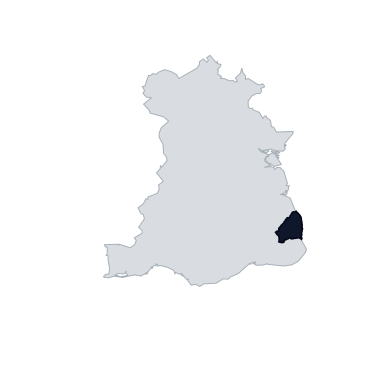 Brazil, with Ceará highlighted, rotated 53°
{"feature_id": "BRA-621", "entity_name": "Ceará", "entity_type": "State", "adm_level": 1, "iso_a3": "BRA", "parent_name": "Brazil", "parent_adm1": "", "projection": "orthographic", "projection_center": [-39.568, -5.32], "detail": "fine", "context": "in_parent", "style": "filled", "palette": "ink", "viewbox_px": 384, "rotation_deg": 53, "n_neighbors": 0, "source": "natural_earth", "source_scale": "10m", "svg_char_len": 7394}
<svg xmlns="http://www.w3.org/2000/svg" viewBox="0 0 384 384"><g transform="rotate(53 192 192)"><path d="M110.5,97.7L113.5,100.5L117.4,98.9L118.6,100.8L120.8,98.0L126.1,95.0L127.3,92.4L130.7,90.8L131.0,89.2L127.1,88.7L126.2,81.8L123.0,77.6L127.5,79.6L131.5,79.3L134.3,81.5L135.2,78.7L145.5,75.0L147.9,72.7L147.8,70.6L150.9,70.3L151.7,71.3L150.7,74.8L153.3,75.7L154.2,78.6L152.3,80.8L151.3,86.6L153.3,92.6L158.1,95.9L160.3,95.3L161.3,93.4L163.2,93.7L168.9,90.4L176.0,91.2L175.0,88.6L176.1,86.9L177.5,87.6L182.2,86.3L187.5,89.2L189.8,87.7L194.8,88.6L204.5,74.8L206.0,76.2L209.0,88.7L210.7,90.6L213.8,91.6L214.2,94.8L208.7,101.0L205.4,103.0L201.0,111.4L196.7,112.7L201.2,112.8L207.9,108.5L209.2,113.8L211.0,115.4L217.9,113.4L215.9,119.5L218.6,114.6L221.8,111.8L223.4,112.6L224.1,111.7L223.4,109.6L225.6,106.9L231.0,106.2L242.7,110.7L243.5,113.0L245.1,111.4L247.9,113.2L248.6,115.1L247.2,116.5L247.8,117.2L249.3,115.9L249.6,117.2L248.3,118.5L247.4,122.6L249.3,120.9L250.6,117.8L250.9,120.0L256.1,117.2L268.4,120.6L278.2,120.3L287.8,125.8L296.2,133.6L306.6,135.0L308.6,137.9L311.3,149.0L310.2,156.3L306.1,163.6L294.8,175.5L294.8,174.6L292.6,180.0L289.1,184.8L287.5,185.5L286.3,183.4L285.3,184.4L283.8,189.5L285.0,204.1L283.0,212.4L283.3,215.8L280.2,219.2L279.4,227.5L272.4,238.0L272.1,242.7L267.9,244.6L266.0,248.6L260.5,248.7L259.3,247.3L259.0,248.9L250.6,249.4L251.0,250.7L245.9,254.0L242.9,254.0L237.7,256.7L231.5,261.7L230.4,264.1L229.2,263.2L228.8,264.2L227.3,263.8L229.3,265.2L227.9,266.7L227.6,269.3L229.2,274.8L228.5,283.1L223.6,287.9L218.3,299.1L212.9,304.2L212.5,302.5L216.5,300.4L219.6,294.3L219.6,293.2L217.1,293.9L215.4,292.0L216.4,293.9L216.0,296.2L212.7,299.9L211.9,302.9L212.4,304.5L210.4,310.1L207.1,313.7L206.2,313.2L205.8,310.4L207.6,307.9L203.6,304.0L195.4,299.7L192.7,297.3L190.8,298.7L190.3,296.9L185.4,293.1L183.6,294.2L181.4,293.7L189.0,282.7L190.1,282.8L189.7,281.7L199.3,275.0L199.6,269.5L197.2,265.7L193.8,265.7L194.9,256.4L192.5,255.0L188.1,255.9L184.8,246.2L180.9,244.5L178.2,245.8L172.1,244.6L172.2,238.1L169.7,232.9L171.3,231.7L169.5,230.3L172.2,220.6L169.8,216.2L166.3,214.6L166.1,208.5L155.3,208.8L154.5,203.8L152.2,201.4L154.0,201.3L151.9,193.0L148.4,191.2L144.3,191.6L136.4,186.4L128.4,185.3L124.9,182.4L122.2,177.9L121.4,168.0L114.7,169.5L103.9,177.9L100.4,177.0L92.7,177.8L92.3,167.7L88.8,171.3L83.7,171.8L82.4,168.7L77.9,168.3L78.9,165.6L72.7,156.6L74.1,154.9L73.7,152.3L76.8,149.3L76.1,147.0L77.7,140.5L83.2,136.2L88.8,133.7L93.4,134.3L96.1,114.0L94.8,109.7L92.4,107.4L92.5,102.8L97.5,102.0L96.6,99.5L93.6,99.6L93.7,95.4L103.1,94.9L103.0,93.2L104.5,94.6L107.6,92.1L109.1,94.7L109.3,98.0L110.5,97.7ZM212.0,103.1L223.8,104.1L221.0,111.2L218.8,111.4L218.4,112.6L216.7,112.0L214.8,113.9L210.3,113.9L208.7,110.4L209.9,109.5L208.5,108.3L209.4,104.2L212.0,103.1ZM201.9,111.8L203.7,106.7L205.6,106.0L205.4,109.1L201.9,111.8ZM215.2,100.6L214.1,102.5L211.4,102.1L211.8,100.9L215.2,100.6ZM211.2,98.6L210.7,102.4L209.6,102.0L211.2,98.6ZM217.1,103.0L215.4,103.2L214.6,102.9L216.7,101.7L217.1,103.0ZM209.4,103.2L207.6,104.5L206.9,103.9L208.2,102.7L209.4,103.2ZM212.6,99.8L211.7,99.0L213.2,98.2L213.3,99.0L212.6,99.8ZM211.7,89.9L210.7,90.1L210.5,88.7L211.4,88.6L211.7,89.9ZM229.8,278.3L229.4,277.1L230.1,276.1L230.3,276.4L229.8,278.3ZM246.8,253.5L247.1,254.8L246.0,254.6L246.8,253.5ZM228.6,270.1L228.1,269.4L228.8,268.7L229.1,268.9L228.6,270.1ZM249.0,120.1L248.2,121.5L249.0,119.4L249.0,120.1ZM286.8,185.7L285.7,186.1L286.4,185.0L286.8,185.7ZM253.6,249.9L252.5,250.3L252.2,250.1L252.9,249.5L253.6,249.9ZM284.9,188.3L284.5,189.1L284.2,188.6L284.9,188.3ZM245.8,110.1L245.8,110.9L245.5,110.8L245.8,110.1Z" fill="#d9dde1" stroke="#a8b0b8" stroke-width="1"/><path d="M269.9,121.2L269.9,121.3L269.9,121.1L269.8,120.8L269.8,120.7L269.7,120.6L269.4,120.5L269.5,120.5L269.7,120.4L269.8,120.4L270.2,120.4L270.4,120.4L270.6,120.4L270.8,120.5L270.8,120.4L271.9,120.3L272.1,120.3L272.3,120.3L272.5,120.2L272.5,120.3L273.0,120.2L274.2,120.0L274.5,119.9L274.8,119.8L275.3,119.9L276.2,119.9L276.7,120.0L276.8,120.0L277.0,120.2L277.3,120.1L277.5,120.1L277.9,120.1L278.0,120.2L278.6,120.5L278.8,120.6L279.2,120.9L279.3,121.0L279.5,121.1L279.7,121.3L279.8,121.4L280.0,121.3L280.3,121.4L280.5,121.5L281.2,122.0L281.3,122.1L281.8,122.3L282.1,122.3L282.3,122.5L282.6,122.6L282.7,122.8L283.2,123.1L283.3,123.2L283.4,123.3L283.5,123.3L283.8,123.4L283.8,123.5L284.0,123.6L284.3,123.6L284.5,123.7L284.7,123.9L284.8,124.0L285.0,124.4L285.3,124.5L285.7,124.7L285.8,124.9L285.9,125.0L286.1,125.2L286.3,125.2L286.4,125.3L286.5,125.5L287.0,125.6L287.5,125.8L287.8,125.7L287.9,125.8L288.1,126.1L288.2,126.3L288.3,126.4L288.3,126.6L288.4,126.8L288.8,127.1L289.2,127.3L289.7,128.0L290.2,128.7L290.7,129.2L291.3,129.6L291.8,130.1L292.1,130.2L292.4,130.2L292.7,131.0L292.9,131.2L293.1,131.4L293.4,131.6L293.7,131.7L293.9,131.8L293.9,131.7L294.0,131.7L294.6,131.9L295.2,132.2L295.4,132.3L295.5,132.5L295.8,133.0L293.8,133.7L293.5,133.8L292.7,134.5L292.1,135.6L291.4,137.1L290.9,137.8L290.7,137.9L290.5,138.1L290.3,138.6L290.4,138.9L290.3,139.0L290.2,139.2L290.1,139.5L290.0,139.8L289.9,139.9L289.2,140.7L289.2,140.8L289.0,141.0L288.9,141.1L288.7,141.2L288.4,141.2L288.2,141.0L287.9,141.1L287.7,141.3L287.6,141.5L287.5,141.8L287.4,141.8L287.3,142.1L287.1,142.2L287.1,142.3L287.1,142.6L287.1,142.8L287.0,143.0L286.9,143.1L287.0,143.2L287.3,143.2L287.5,143.1L287.4,143.2L287.4,143.3L287.2,143.5L286.7,144.9L286.7,145.0L286.7,145.3L286.8,145.4L286.8,145.5L286.6,146.0L286.1,146.3L286.1,146.5L286.0,146.8L286.1,147.0L286.3,147.2L286.4,147.3L286.5,147.4L286.5,147.6L286.5,147.8L286.5,148.0L286.8,148.2L286.8,148.3L286.9,148.5L287.0,148.5L287.3,148.6L287.4,149.0L287.3,149.3L287.2,149.5L287.1,149.8L286.9,149.9L286.8,150.0L286.8,150.3L286.7,150.5L286.4,150.8L286.3,151.0L286.1,151.1L286.0,151.3L285.9,151.3L285.7,151.3L285.5,151.6L285.4,151.7L285.2,151.6L285.1,151.8L284.9,152.0L284.8,152.3L284.7,152.4L284.6,152.5L284.4,152.4L284.2,152.4L284.1,152.5L283.9,152.6L283.7,152.0L283.7,151.9L283.4,151.7L282.8,151.5L282.7,151.4L282.4,151.1L282.3,150.8L282.3,150.7L282.2,150.7L281.9,150.5L281.7,150.5L281.4,150.3L281.3,150.2L281.0,150.2L280.9,150.0L280.7,149.9L280.3,149.5L280.2,149.5L278.9,149.3L278.4,149.4L277.9,149.5L277.7,149.6L277.0,149.8L276.9,149.8L276.3,149.6L276.2,149.6L274.5,149.6L274.5,149.2L274.4,148.9L274.3,148.6L274.2,148.4L274.7,147.1L275.1,146.4L275.3,146.1L275.3,145.9L275.2,145.8L275.1,145.7L275.0,145.4L274.9,145.3L274.0,145.2L273.9,145.1L273.7,145.0L273.5,144.9L273.4,144.9L273.3,144.7L273.4,144.4L273.2,144.1L273.0,143.8L272.9,143.6L272.8,143.1L272.9,142.8L272.9,142.7L272.8,142.4L272.8,142.2L272.4,141.1L272.2,140.7L272.3,140.4L272.2,140.0L272.1,139.1L272.0,138.7L272.1,138.1L271.9,137.3L271.9,137.0L271.9,136.9L271.6,136.7L271.4,136.5L271.3,136.3L271.1,136.2L271.1,135.9L271.1,135.7L271.1,135.4L271.1,135.2L270.8,134.7L270.8,134.4L270.7,134.2L270.4,133.8L270.3,133.7L270.3,132.9L270.2,132.6L270.0,132.3L270.0,132.1L270.0,131.9L270.0,131.7L269.9,131.6L269.9,131.4L270.0,131.1L270.2,130.7L270.4,130.6L270.6,130.4L271.0,129.7L270.9,129.3L270.9,129.2L270.7,128.8L270.6,128.7L270.3,128.4L270.0,127.9L269.9,127.2L269.7,126.6L269.7,126.4L269.4,126.1L269.2,125.8L269.1,125.5L269.1,125.3L269.0,125.0L269.0,124.9L268.8,124.6L268.7,124.3L268.6,124.0L268.6,123.8L268.6,123.6L268.7,123.4L268.7,123.2L269.0,122.9L269.8,121.7L269.9,121.3L269.9,121.2Z" fill="#0f172a" stroke="#020617" stroke-width="1.5"/></g></svg>